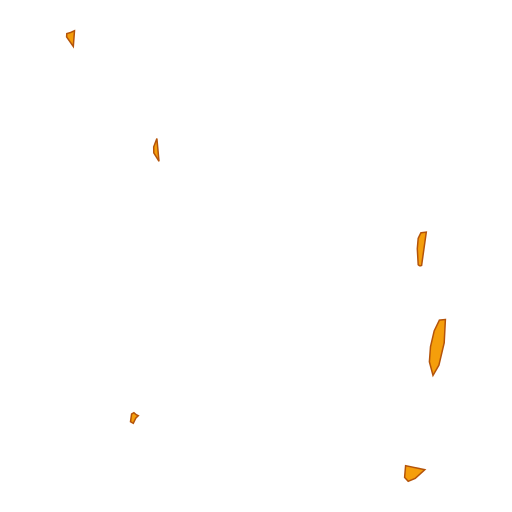 the border of Haa Alifu
{"feature_id": "MDV-5223", "entity_name": "Haa Alifu", "entity_type": "Atoll", "adm_level": 1, "iso_a3": "MDV", "parent_name": "Maldives", "parent_adm1": "", "projection": "equal_earth", "projection_center": [73.045, 6.964], "detail": "coarse", "context": "isolated", "style": "filled", "palette": "amber", "viewbox_px": 512, "rotation_deg": 0, "n_neighbors": 0, "source": "natural_earth", "source_scale": "10m", "svg_char_len": 711}
<svg xmlns="http://www.w3.org/2000/svg" viewBox="0 0 512 512"><path d="M445.4,319.5L444.2,342.8L438.9,365.2L433.0,375.4L429.4,361.8L430.5,346.7L434.2,330.9L439.4,320.1L445.4,319.5ZM426.3,232.1L421.6,265.4L420.6,265.8L419.8,265.8L419.6,265.7L419.0,265.4L418.2,264.7L417.3,248.7L418.2,238.3L420.9,232.8L426.3,232.1ZM405.6,465.7L424.8,469.7L415.2,478.4L408.2,481.3L404.6,477.4L405.6,465.7ZM74.5,30.7L74.5,30.9L73.3,46.5L66.6,36.9L66.8,33.6L70.6,32.5L74.5,30.7ZM156.9,138.5L156.9,138.8L159.0,161.3L153.8,152.9L153.7,146.9L156.9,138.5ZM138.3,415.7L135.8,418.1L133.3,423.3L131.0,422.0L130.7,421.8L130.5,421.7L131.6,414.0L133.9,412.7L136.1,414.6L138.3,415.7Z" fill="#f59e0b" stroke="#b45309" stroke-width="1.5"/></svg>